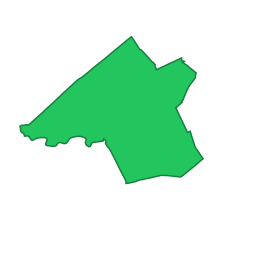 outline of Thanh Hoa, Long An, Vietnam, rotated 143°
{"feature_id": "81297802B63095135263844", "entity_name": "Thanh Hoa", "entity_type": "district", "adm_level": 2, "iso_a3": "VNM", "parent_name": "Vietnam", "parent_adm1": "Long An", "projection": "orthographic", "projection_center": [106.215, 10.693], "detail": "fine", "context": "isolated", "style": "filled", "palette": "green", "viewbox_px": 256, "rotation_deg": 143, "n_neighbors": 0, "source": "geoboundaries", "source_scale": "gbopen_adm2", "svg_char_len": 4928}
<svg xmlns="http://www.w3.org/2000/svg" viewBox="0 0 256 256"><g transform="rotate(143 128 128)"><path d="M129.8,70.1L125.0,66.2L115.5,57.2L114.6,57.1L112.2,57.1L96.6,57.6L90.1,58.1L86.8,58.3L86.5,58.3L86.5,59.9L86.4,61.2L86.4,62.3L86.2,64.9L86.1,65.6L86.0,68.8L86.0,70.1L85.8,72.3L85.7,72.9L85.2,74.3L84.6,76.1L84.3,76.8L83.2,79.9L82.7,81.2L81.9,83.7L81.2,85.5L80.7,86.8L80.2,88.0L82.2,88.5L83.1,88.8L83.0,89.7L82.3,92.7L81.6,96.1L81.0,99.3L80.7,100.8L80.3,102.6L79.6,105.9L78.9,109.2L78.5,111.0L77.8,114.7L77.8,115.3L77.6,115.3L75.1,115.5L69.7,115.9L69.3,116.0L69.1,117.3L68.8,117.2L67.7,117.1L59.2,122.1L53.9,124.7L52.3,125.2L48.6,126.2L47.8,126.4L47.0,126.7L43.9,127.6L43.3,128.4L42.0,129.8L41.1,130.6L40.4,131.0L41.5,135.6L42.2,138.1L43.0,141.9L44.8,147.2L42.9,147.3L44.7,149.5L43.0,151.7L43.2,151.8L46.4,152.4L51.1,153.4L53.1,153.8L56.6,154.6L61.1,155.5L62.9,155.9L67.9,156.9L70.2,157.4L69.9,158.3L69.7,158.8L69.6,159.2L69.5,160.0L69.5,160.5L69.3,160.9L69.2,161.1L68.9,161.5L68.4,161.9L68.3,162.0L68.2,162.1L68.1,162.3L68.1,162.5L68.3,163.0L68.4,163.4L68.5,163.5L68.5,163.8L68.4,164.0L68.3,164.3L68.3,164.5L68.3,164.8L68.4,165.1L68.5,165.4L68.6,165.7L68.7,165.9L68.8,166.1L68.9,166.6L68.9,166.8L69.0,167.5L69.2,169.7L69.2,170.9L69.3,171.6L69.5,173.7L69.6,174.2L69.8,176.6L69.9,177.2L70.1,179.5L70.4,181.7L70.5,182.6L70.9,183.2L71.3,183.6L70.8,190.6L70.5,193.7L70.4,195.9L70.4,198.9L77.3,198.7L77.5,198.7L79.9,198.5L83.1,198.4L87.5,198.2L89.4,198.1L95.7,197.8L96.6,197.8L97.8,197.7L99.1,197.6L102.9,197.4L106.8,197.3L110.3,197.2L114.3,197.1L119.3,197.0L122.9,196.7L126.2,196.5L126.6,196.5L129.3,196.4L132.0,196.3L134.0,196.2L134.4,196.2L136.4,196.5L138.0,196.7L138.3,196.8L141.4,196.5L144.8,196.2L147.9,195.9L149.4,195.8L152.3,195.5L154.2,195.3L154.5,195.2L156.1,195.1L158.1,195.0L158.4,194.9L160.4,194.7L163.6,194.2L166.3,194.0L169.1,193.7L170.3,193.5L172.1,193.3L174.6,193.1L176.3,192.9L177.2,192.8L178.5,192.7L179.8,192.6L182.7,192.3L184.9,192.1L186.2,191.9L186.6,191.8L188.5,191.7L190.0,191.6L191.3,191.5L193.8,191.3L195.8,191.1L196.9,191.0L198.1,190.9L201.6,190.5L204.3,190.3L205.2,190.2L205.7,190.4L206.6,191.1L207.6,191.9L208.2,192.3L209.0,192.6L209.6,192.9L210.1,193.3L210.6,193.7L211.2,194.1L211.4,194.2L211.9,194.2L212.5,194.2L212.8,194.2L213.3,194.4L213.5,194.0L213.7,193.4L214.1,192.5L214.4,192.0L214.7,191.5L215.1,191.1L215.3,190.7L215.4,190.3L215.5,189.7L215.6,189.2L215.6,188.9L215.6,188.6L215.6,188.4L215.5,188.2L215.2,187.8L215.1,187.6L214.9,187.3L214.8,186.9L214.8,186.5L214.8,186.2L214.8,185.7L215.0,185.1L215.2,184.5L215.6,183.8L214.8,183.3L213.6,182.6L212.9,182.0L212.6,181.6L212.4,180.9L212.3,180.1L212.3,179.4L212.4,178.3L212.5,177.4L212.4,176.8L212.3,176.4L212.1,176.0L211.6,175.8L210.8,175.4L210.0,175.2L208.8,175.1L207.7,174.9L206.5,174.5L205.5,174.0L204.7,173.6L204.0,173.2L203.0,172.5L202.0,171.7L201.3,171.2L200.6,170.7L200.1,170.2L199.6,169.7L199.2,168.8L199.2,168.5L199.4,168.0L199.7,167.4L200.6,166.6L201.7,165.9L202.1,165.7L202.9,165.2L203.3,164.9L203.6,164.5L203.7,164.2L203.7,163.9L203.7,163.4L203.3,162.9L202.7,162.1L202.3,161.7L201.3,160.8L200.0,159.5L198.8,158.5L197.7,157.7L197.4,157.5L196.9,157.4L196.4,157.3L195.8,157.3L195.0,157.4L194.3,157.6L193.7,157.9L193.1,158.0L192.6,158.0L192.1,157.9L191.6,157.7L190.7,156.9L189.7,155.7L188.7,154.4L188.1,153.8L187.4,153.3L186.8,153.1L186.7,153.0L186.3,153.0L185.9,153.0L185.0,153.2L183.9,153.6L182.5,154.1L182.0,154.3L181.4,154.5L181.2,154.5L180.0,154.5L178.8,154.2L177.1,153.6L175.9,153.1L175.1,152.7L173.8,152.0L172.4,151.1L171.9,150.7L171.5,150.3L170.4,149.2L169.6,148.3L169.0,147.4L168.6,146.5L168.2,145.7L168.1,145.2L168.1,144.6L168.3,144.2L168.6,143.7L169.3,143.1L170.6,142.2L171.0,141.7L171.2,141.4L171.3,141.2L171.4,140.7L171.4,140.1L171.4,139.4L171.2,138.4L170.9,137.2L170.6,136.7L170.1,136.4L169.7,136.2L169.4,136.1L168.9,136.2L168.3,136.3L167.7,136.7L167.0,137.2L166.4,137.6L165.9,137.7L165.7,137.7L165.1,137.6L164.8,137.6L164.0,137.2L162.8,136.5L161.2,135.6L160.7,135.3L159.9,134.8L158.1,133.8L156.7,133.1L155.8,132.7L155.4,132.7L155.3,132.8L155.1,132.9L154.5,133.2L154.0,133.8L153.7,133.2L153.6,132.6L153.4,131.8L153.3,131.3L153.4,131.0L153.7,130.6L154.3,130.1L154.8,129.7L155.3,129.1L155.4,128.9L155.4,128.6L155.4,128.3L155.4,128.2L155.4,127.9L155.4,127.7L155.5,127.3L155.6,126.9L155.6,126.5L155.6,126.3L155.4,126.1L155.3,125.9L155.2,125.7L155.4,125.1L155.6,124.8L155.6,124.5L155.6,124.0L155.5,123.6L155.4,123.1L155.3,122.9L155.4,122.4L155.5,121.2L155.8,119.5L156.2,117.2L156.4,115.7L156.6,114.8L157.5,109.4L157.7,108.7L158.2,106.1L159.4,99.5L159.7,98.1L160.9,90.4L161.4,88.1L161.8,86.5L162.4,85.4L163.0,85.0L159.7,83.1L158.3,82.5L157.4,82.1L155.7,81.3L154.0,80.6L153.6,80.5L153.4,80.4L153.1,80.4L152.6,80.4L152.4,80.3L151.5,79.8L151.0,79.6L150.7,79.6L150.2,79.5L149.7,79.4L148.9,79.0L147.6,78.2L146.7,77.7L146.1,77.5L145.2,77.2L144.3,76.8L143.4,76.2L129.8,70.1Z" fill="#22c55e" stroke="#15803d" stroke-width="1.5"/></g></svg>